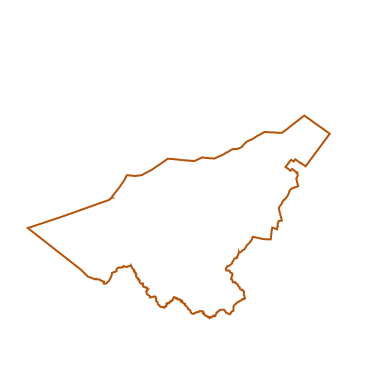 outline of Rubavu, Western, Rwanda, rotated 38°
{"feature_id": "39286606B86206624572237", "entity_name": "Rubavu", "entity_type": "district", "adm_level": 2, "iso_a3": "RWA", "parent_name": "Rwanda", "parent_adm1": "Western", "projection": "robinson", "projection_center": [29.369, -1.641], "detail": "fine", "context": "isolated", "style": "outline", "palette": "amber", "viewbox_px": 384, "rotation_deg": 38, "n_neighbors": 0, "source": "geoboundaries", "source_scale": "gbopen_adm2", "svg_char_len": 6103}
<svg xmlns="http://www.w3.org/2000/svg" viewBox="0 0 384 384"><g transform="rotate(38 192 192)"><path d="M284.2,279.4L284.3,279.1L284.3,278.5L284.8,277.8L284.6,277.6L284.8,276.9L285.0,276.8L285.0,276.5L285.4,276.5L285.6,276.3L285.6,276.2L285.3,276.1L285.5,275.8L286.5,275.8L286.6,275.5L286.7,275.2L286.1,274.4L286.1,272.8L285.6,271.9L285.8,271.3L285.9,270.8L286.1,270.6L286.0,270.1L286.5,269.6L286.4,268.3L287.2,267.2L288.2,266.1L289.8,265.0L290.1,264.9L291.1,265.5L292.1,265.5L292.8,266.1L296.6,265.3L297.2,264.9L297.2,264.0L296.8,261.9L297.2,261.4L297.8,260.4L296.9,258.8L295.6,257.4L295.0,255.6L295.1,254.0L295.4,253.6L295.3,252.7L295.8,250.5L296.3,249.9L296.9,247.9L297.7,247.0L297.6,245.9L298.0,244.7L299.0,244.5L299.2,243.1L298.0,242.3L297.3,241.7L296.2,241.3L295.2,239.8L295.0,239.1L294.6,238.7L293.8,238.3L293.6,238.4L292.8,238.1L291.8,238.6L291.6,238.3L291.4,238.5L290.8,238.6L290.0,238.9L289.0,238.7L288.3,237.8L287.9,237.6L286.6,237.8L285.3,237.0L284.1,236.7L283.0,236.9L282.0,236.4L281.5,237.0L281.2,237.0L280.9,237.3L280.5,237.2L280.1,237.7L279.7,237.9L277.5,236.3L276.5,236.6L275.6,235.1L275.6,234.3L275.1,233.4L275.2,232.7L275.0,232.4L274.7,232.0L273.8,231.5L273.2,231.6L272.9,231.5L272.4,231.8L271.4,231.6L270.9,231.6L270.6,231.1L270.0,231.3L269.2,231.2L268.3,232.2L267.3,232.7L266.4,232.2L266.0,231.7L265.7,230.8L265.8,229.5L265.5,228.8L266.5,227.9L267.5,223.8L267.4,223.2L266.9,222.6L267.0,222.4L267.0,221.5L266.4,218.4L266.8,218.1L267.0,217.5L267.6,217.0L268.1,215.9L267.3,215.5L267.4,213.7L266.6,212.3L266.4,211.0L266.0,210.4L266.2,210.5L266.6,210.2L267.4,209.6L267.9,206.4L268.3,205.8L268.5,204.9L268.6,203.6L268.2,202.3L268.3,201.5L268.0,200.8L268.1,199.5L268.3,199.0L268.3,198.4L268.6,196.7L268.3,195.3L268.7,194.9L268.8,194.2L268.4,193.2L268.4,192.1L267.9,191.4L267.6,189.8L276.4,185.6L279.3,183.8L283.2,180.8L278.5,173.3L277.2,170.6L281.9,169.1L280.9,167.2L280.8,166.0L279.7,165.4L279.2,164.3L278.2,161.4L280.4,159.2L271.7,152.5L270.3,151.3L270.1,150.6L269.9,148.1L270.1,146.7L269.6,145.6L269.5,144.5L269.3,144.1L269.2,143.7L269.3,141.4L269.7,141.0L269.7,136.9L269.3,134.5L268.9,132.9L268.3,131.8L268.3,130.7L268.1,129.7L268.4,127.9L272.1,122.1L265.9,117.2L265.6,116.1L265.5,114.8L264.8,113.5L263.1,111.9L262.7,112.5L262.4,112.0L259.9,112.3L259.8,112.1L256.7,112.2L256.6,114.5L250.3,114.7L250.2,105.8L251.2,105.5L253.2,105.5L253.3,102.6L259.5,102.5L259.5,102.1L265.7,101.8L264.7,61.3L233.5,62.6L232.4,66.4L227.4,86.9L227.1,87.5L226.7,89.2L226.5,89.9L222.9,92.7L219.7,94.7L217.0,96.8L215.0,98.0L214.8,98.3L213.7,98.9L212.0,100.3L210.8,103.6L209.0,107.4L207.1,113.0L204.2,118.3L203.5,123.1L203.6,125.4L202.9,127.2L201.2,130.2L199.9,131.3L199.6,131.7L197.8,132.9L197.0,134.5L195.3,139.3L194.5,140.1L194.3,141.4L193.9,142.5L189.0,151.9L181.6,156.8L179.2,158.1L178.3,159.1L178.0,160.2L177.5,160.8L176.0,163.8L175.6,164.9L174.5,166.4L168.0,170.6L166.8,171.6L166.1,171.8L164.0,173.4L160.6,175.2L159.6,176.1L157.7,177.1L155.9,178.4L152.6,180.5L152.1,181.5L151.7,183.5L150.5,186.8L150.1,188.6L148.5,193.2L146.6,199.4L142.1,209.3L140.8,211.0L140.2,211.4L140.0,211.9L139.1,212.6L137.0,214.7L136.6,215.0L136.1,215.1L134.9,215.8L133.6,216.8L130.8,218.5L130.3,218.9L130.6,220.7L131.5,224.9L131.6,226.7L131.5,227.9L131.9,232.3L131.9,245.5L132.4,245.5L132.1,245.7L132.0,247.7L131.6,247.9L131.6,249.2L103.1,294.0L84.8,321.5L152.5,321.6L160.6,322.6L162.3,322.7L166.4,321.3L169.1,320.6L169.5,319.9L169.7,320.2L171.4,318.8L172.6,318.2L172.8,318.0L173.8,318.0L174.2,317.7L175.0,317.8L176.3,317.3L176.7,317.4L177.8,316.8L178.5,318.3L179.1,318.4L179.6,318.2L180.4,317.0L180.7,316.8L180.9,316.2L180.8,315.4L181.0,314.8L181.0,314.2L181.3,312.9L181.1,312.4L180.7,309.9L180.3,308.8L180.3,307.5L178.8,305.2L179.3,304.4L179.3,304.0L179.8,303.3L179.8,303.0L180.4,302.5L180.6,301.9L180.9,301.7L181.3,300.9L180.2,299.5L180.1,298.2L180.7,296.4L182.0,296.0L182.6,294.9L183.8,294.1L184.0,293.4L183.6,293.2L183.7,292.5L185.5,291.9L186.2,291.4L186.9,291.2L187.2,290.2L188.5,288.6L189.4,288.0L189.2,287.5L191.3,288.5L193.2,289.0L193.7,289.4L194.3,289.1L194.8,289.2L195.2,289.6L195.2,290.2L195.6,290.5L196.5,290.2L197.1,290.3L197.4,290.4L197.7,291.2L198.9,291.1L199.0,291.8L200.4,293.3L201.2,293.5L202.4,293.2L202.9,293.3L203.3,293.6L203.5,294.2L204.3,293.6L205.0,293.7L205.4,294.0L205.8,295.0L206.8,295.5L208.6,295.5L209.5,294.3L210.4,294.8L210.7,295.5L211.6,296.5L212.3,296.5L212.7,296.2L213.5,296.2L214.3,295.5L215.0,295.2L215.9,295.4L215.9,295.9L216.4,296.0L216.4,295.7L217.1,296.0L217.1,296.3L217.3,296.1L217.3,298.9L219.0,300.0L220.8,300.3L222.5,299.9L223.7,300.4L223.9,300.9L225.0,299.7L225.6,298.8L226.5,297.8L226.8,297.2L227.9,297.0L228.4,297.3L229.0,298.2L229.8,298.3L230.8,300.1L231.3,299.9L233.2,300.4L234.3,301.4L235.1,301.6L236.2,301.3L236.7,301.8L237.5,301.9L238.5,301.6L239.9,300.6L241.2,300.3L240.9,299.7L241.5,299.4L241.5,298.4L242.0,298.1L241.9,297.2L241.4,297.1L241.4,296.1L240.6,295.7L241.0,294.5L241.5,294.4L241.7,294.0L242.3,294.0L242.3,293.7L242.4,293.4L242.0,292.1L242.8,291.3L242.6,290.8L242.7,290.3L243.4,289.9L243.4,289.4L242.9,288.6L242.9,287.5L242.6,287.2L242.5,285.8L242.7,285.7L243.1,285.9L243.8,285.5L244.5,285.4L244.7,285.7L245.5,285.0L245.7,285.3L246.2,285.5L246.5,285.1L247.2,285.1L247.5,284.5L248.4,284.6L248.9,284.1L249.4,284.5L249.8,284.3L250.1,284.9L251.0,285.2L251.7,284.9L251.7,284.1L252.0,284.3L252.0,284.5L252.4,284.6L252.9,284.9L253.5,284.7L254.6,284.8L255.3,284.5L255.7,285.4L256.3,285.2L257.1,285.6L257.7,285.5L258.6,285.7L258.9,285.6L260.4,286.1L260.7,286.5L261.1,286.4L261.8,286.7L262.7,286.3L263.9,286.6L264.4,286.9L264.8,287.5L266.7,287.9L267.5,287.6L268.5,286.7L268.6,285.6L268.9,285.5L269.2,284.8L269.4,284.5L269.4,284.0L269.8,283.9L270.8,282.8L271.2,281.9L271.1,281.6L271.6,280.9L272.6,280.3L272.9,280.0L273.7,279.9L274.0,279.5L274.4,279.3L274.5,279.7L274.9,279.8L274.9,280.2L275.2,280.1L275.3,280.4L275.7,280.2L276.2,281.0L276.7,280.7L277.0,281.1L277.7,280.9L278.5,281.2L279.7,280.7L280.1,280.9L280.8,280.4L281.3,280.3L281.4,280.6L281.6,280.7L282.5,280.3L283.1,280.5L283.0,279.7L283.6,279.2L284.2,279.4Z" fill="none" stroke="#b45309" stroke-width="2"/></g></svg>